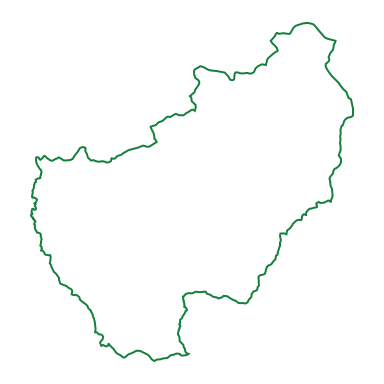 outline of Paucar del Sara Sara, Ayacucho, Peru
{"feature_id": "86281439B2335634793113", "entity_name": "Paucar del Sara Sara", "entity_type": "district", "adm_level": 2, "iso_a3": "PER", "parent_name": "Peru", "parent_adm1": "Ayacucho", "projection": "albers", "projection_center": [-73.322, -15.115], "detail": "fine", "context": "isolated", "style": "outline", "palette": "green", "viewbox_px": 384, "rotation_deg": 0, "n_neighbors": 0, "source": "geoboundaries", "source_scale": "gbopen_adm2", "svg_char_len": 5887}
<svg xmlns="http://www.w3.org/2000/svg" viewBox="0 0 384 384"><path d="M188.6,353.9L186.5,353.0L185.8,352.3L184.9,350.4L185.0,348.9L183.8,347.4L183.3,344.8L179.7,341.2L179.3,336.5L177.9,334.3L178.3,331.8L178.8,330.6L178.7,329.4L179.6,328.7L179.6,327.1L180.2,326.6L180.4,326.0L179.2,324.3L180.0,323.3L180.2,319.7L182.0,318.2L182.6,316.4L184.8,313.1L185.6,311.1L187.0,310.3L186.2,307.9L184.2,306.7L184.7,306.1L184.7,305.5L184.2,304.5L184.4,303.6L183.7,302.0L184.0,301.0L183.1,299.5L183.3,298.0L182.9,296.7L184.3,295.8L185.7,294.0L188.3,293.2L190.1,293.2L191.1,293.4L192.6,293.2L195.7,291.7L199.9,292.2L204.9,291.6L206.1,292.0L206.3,292.9L206.9,293.7L210.4,294.8L212.6,296.5L214.7,297.2L216.2,297.2L218.6,298.5L222.3,297.2L223.4,295.9L226.8,296.1L232.9,299.8L235.9,300.9L238.3,302.9L241.4,303.2L243.2,303.0L245.0,303.5L246.3,303.2L247.7,302.1L248.8,299.7L251.2,297.2L251.6,294.4L253.2,291.7L256.5,290.4L257.1,289.8L257.7,287.1L258.7,286.0L259.1,284.3L258.6,282.7L258.9,280.9L258.4,277.2L258.8,276.3L260.5,275.1L263.6,274.5L264.7,274.0L265.7,271.5L265.9,269.4L266.7,268.0L266.8,266.9L267.4,266.6L268.2,265.5L270.1,265.0L271.6,263.9L273.6,261.0L275.4,259.4L276.0,255.8L277.5,254.7L277.8,252.2L280.1,245.2L279.9,242.8L280.6,241.3L280.8,239.9L280.0,235.9L280.4,233.6L283.4,233.3L286.5,234.2L286.5,233.1L287.3,230.3L289.8,228.5L292.1,225.5L292.8,223.9L296.6,220.4L299.0,219.8L301.2,220.1L301.9,218.6L301.9,216.9L302.5,215.3L303.8,214.3L306.1,214.9L305.9,213.2L306.1,212.6L308.4,209.6L310.1,208.6L311.6,208.6L313.9,207.7L315.8,207.5L317.0,206.9L317.0,205.8L316.2,204.1L316.5,203.2L318.7,202.0L320.5,203.0L324.2,202.6L328.2,200.5L329.1,200.8L330.5,201.8L331.0,201.7L330.9,200.2L332.4,197.1L332.5,194.7L332.1,189.5L331.3,187.1L330.5,185.8L330.3,182.2L329.5,178.4L330.4,176.5L332.8,173.8L333.2,171.5L334.3,169.2L337.2,167.5L338.7,166.2L339.9,164.7L341.0,162.3L340.9,158.6L340.1,157.3L339.2,156.3L338.8,155.1L340.6,150.2L340.5,145.5L340.0,142.9L340.5,139.6L340.2,136.6L340.7,133.1L340.5,129.4L341.7,125.8L342.6,125.4L343.1,124.5L344.1,121.2L344.7,120.1L347.5,117.7L349.9,117.3L351.9,116.5L353.0,115.4L353.0,108.6L351.0,99.3L348.5,97.8L346.2,91.7L343.4,89.3L339.8,84.8L338.6,82.8L331.4,75.6L328.1,71.0L326.2,67.9L325.8,66.6L325.7,64.1L328.6,61.4L329.2,60.3L329.3,59.5L328.6,56.9L330.6,52.6L332.9,49.9L333.3,48.7L333.7,45.1L335.2,42.3L335.5,40.8L327.4,38.7L324.7,37.4L318.4,30.1L314.9,25.7L313.0,24.2L309.1,23.1L306.5,23.0L303.1,23.4L297.1,25.3L295.6,25.9L294.5,26.8L293.0,28.5L290.2,33.5L289.3,33.9L286.3,33.7L283.5,33.1L279.5,33.8L278.1,33.5L277.4,33.0L276.6,33.1L275.9,33.9L275.1,35.9L270.7,40.9L272.5,43.5L274.2,44.9L276.8,47.8L277.7,50.5L277.1,51.4L275.9,51.8L273.5,53.5L268.2,58.1L267.1,60.0L265.9,65.0L262.0,64.3L257.9,66.2L255.3,68.8L254.1,71.9L252.4,73.0L250.8,73.6L249.0,73.5L247.6,72.9L242.3,73.5L239.4,73.1L238.3,72.5L235.6,72.4L234.7,73.7L234.1,79.1L233.5,79.9L232.2,80.2L230.3,79.8L227.9,75.9L224.8,72.7L223.9,72.4L216.5,71.0L211.8,70.6L209.4,70.1L207.7,69.5L203.5,67.1L200.3,66.2L197.6,67.9L195.0,69.2L194.1,70.7L194.0,74.0L195.5,78.2L198.1,79.9L199.2,81.4L199.2,83.7L198.0,85.9L195.3,89.6L194.5,92.2L189.9,96.1L191.3,97.4L191.6,100.7L192.0,101.5L195.5,104.8L195.8,107.1L194.8,110.8L194.0,110.1L193.0,109.7L191.4,109.9L189.5,111.4L186.2,113.1L183.9,115.1L183.0,115.3L178.8,115.2L176.5,114.0L175.6,113.9L170.1,117.0L168.2,116.7L166.9,117.0L162.4,121.0L158.4,122.4L155.9,125.0L150.8,126.6L150.6,126.8L150.9,127.9L153.6,133.2L154.4,137.0L154.3,138.7L155.3,139.4L156.7,142.0L149.5,146.5L148.0,146.8L146.9,146.7L143.1,145.6L137.8,147.7L128.9,150.0L123.0,153.3L121.4,154.7L117.4,156.0L114.8,158.6L113.0,158.7L111.7,158.3L111.3,159.0L111.0,161.1L109.2,162.1L106.7,162.6L104.2,161.5L102.4,161.2L98.7,161.8L94.9,160.9L93.6,160.1L91.1,160.6L87.9,157.6L87.0,154.2L85.3,151.0L85.5,147.8L83.0,147.1L80.7,147.6L79.5,148.7L78.2,151.1L73.9,156.6L72.8,158.8L70.0,160.1L64.8,160.5L63.3,160.2L60.9,158.5L58.8,157.4L57.1,158.5L55.8,158.8L52.6,160.6L51.3,160.7L49.9,160.1L46.9,158.0L45.4,156.4L44.4,155.9L43.8,156.1L42.7,157.9L40.5,159.8L39.7,159.5L38.6,157.5L37.0,157.2L36.4,157.3L36.1,157.7L36.1,161.5L37.3,164.9L39.9,169.1L40.9,169.9L41.6,172.2L40.9,173.8L40.9,175.4L40.3,176.2L40.3,177.9L39.5,178.4L37.8,178.4L35.7,179.7L36.1,181.8L34.7,182.8L34.6,184.3L33.9,185.4L34.0,187.1L33.4,189.2L32.4,190.7L32.8,192.0L32.0,196.5L32.3,197.4L32.8,197.8L33.9,197.5L34.7,197.7L36.7,199.2L37.0,199.7L35.8,202.5L34.5,203.3L35.6,204.2L34.7,205.4L35.8,207.7L36.0,208.9L34.7,209.9L34.0,209.6L33.0,208.8L32.2,209.0L31.5,211.8L32.4,213.9L32.1,214.3L31.2,214.5L31.0,215.1L31.7,217.0L33.1,217.6L33.0,218.9L34.1,219.3L34.4,220.5L35.4,221.1L35.5,221.5L34.7,222.4L34.1,224.1L34.9,225.0L35.0,226.4L34.7,227.7L35.5,229.5L35.6,230.3L36.6,231.2L37.0,232.6L38.7,232.8L40.1,233.5L40.8,234.4L40.7,236.4L41.6,239.2L41.0,241.7L41.1,242.9L40.3,245.6L41.7,247.1L41.5,248.1L41.9,248.8L41.1,250.5L42.7,250.8L44.2,252.4L44.6,253.8L45.8,254.8L48.3,255.2L50.2,255.2L50.7,257.4L50.4,260.3L49.8,263.2L51.0,265.2L51.8,267.7L53.9,271.8L56.1,273.8L59.0,278.0L59.1,280.1L60.1,283.1L60.8,283.9L66.4,286.0L68.8,288.0L70.8,288.9L72.0,290.2L72.3,291.2L71.6,294.3L73.5,295.1L76.1,294.9L78.3,296.2L79.4,297.3L79.8,299.2L80.5,300.3L86.2,304.6L87.4,305.9L88.2,308.1L90.9,310.7L91.0,311.5L92.7,314.6L93.1,316.9L93.9,318.4L94.8,322.0L95.6,329.4L95.1,332.2L97.1,332.5L98.8,334.3L101.3,334.6L102.4,335.5L103.1,336.8L102.6,339.5L100.8,341.2L100.1,342.6L101.2,345.8L101.5,345.9L102.7,345.0L103.3,345.1L105.6,346.3L106.4,346.3L108.1,345.6L108.4,344.0L108.8,343.9L109.5,345.1L111.0,346.4L111.8,347.4L112.9,348.1L116.4,353.0L120.9,355.6L123.2,357.5L124.9,357.4L128.5,354.3L131.7,353.2L136.6,350.7L140.1,350.9L147.8,354.7L149.7,356.5L151.6,359.2L154.1,361.0L157.3,359.5L160.1,359.4L162.7,358.5L167.3,358.0L170.7,355.3L172.2,354.9L173.1,354.9L176.5,353.6L179.5,353.8L180.9,355.3L182.6,355.6L186.6,355.1L188.6,353.9Z" fill="none" stroke="#15803d" stroke-width="2"/></svg>